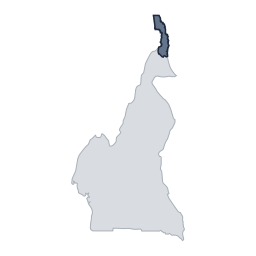 Logone-Et-Chari, Extrême-Nord, Cameroon shown in context
{"feature_id": "32672807B53801841297301", "entity_name": "Logone-Et-Chari", "entity_type": "district", "adm_level": 2, "iso_a3": "CMR", "parent_name": "Cameroon", "parent_adm1": "Extrême-Nord", "projection": "equal_earth", "projection_center": [14.713, 12.015], "detail": "fine", "context": "in_parent", "style": "filled", "palette": "slate", "viewbox_px": 256, "rotation_deg": 0, "n_neighbors": 0, "source": "geoboundaries", "source_scale": "gbopen_adm2", "svg_char_len": 7399}
<svg xmlns="http://www.w3.org/2000/svg" viewBox="0 0 256 256"><path d="M72.0,179.5L72.5,178.0L75.7,170.8L77.7,159.2L78.6,156.5L79.5,154.7L84.2,148.5L85.9,146.6L88.4,144.3L90.2,139.8L90.8,139.4L91.6,139.0L95.5,135.2L95.9,135.9L96.1,136.8L96.4,137.2L97.7,137.5L99.5,137.5L100.5,137.2L101.0,136.5L101.6,134.3L101.9,133.9L102.3,133.8L104.3,135.3L107.4,139.5L108.2,140.2L108.6,141.1L109.3,144.9L109.6,145.8L110.3,146.2L111.6,146.0L112.9,145.3L114.0,144.3L115.1,143.0L115.9,141.9L116.2,141.1L116.4,138.0L116.6,137.3L120.8,132.8L120.7,132.4L120.0,131.1L119.4,129.7L120.0,128.3L120.6,127.2L123.1,123.4L123.2,120.7L125.1,116.4L126.2,110.8L126.3,109.7L128.8,103.5L131.4,103.0L132.4,102.1L133.6,100.6L134.3,99.2L134.7,97.8L135.0,95.2L135.4,92.2L135.7,89.6L136.5,87.2L137.8,85.9L140.1,84.9L140.5,84.4L140.8,82.8L141.1,77.5L141.5,75.1L143.7,72.5L144.6,68.3L145.4,63.9L147.8,58.7L150.7,53.4L152.0,52.0L153.1,51.3L154.3,51.3L155.2,50.9L158.2,48.3L159.5,47.4L160.4,46.5L160.6,45.7L160.7,44.5L160.4,41.8L161.0,39.9L161.3,36.8L161.4,34.4L161.3,33.5L160.7,32.2L159.8,30.7L158.3,29.8L156.2,29.5L155.1,29.0L154.7,26.2L154.6,24.5L153.2,15.4L155.8,15.4L159.0,16.5L159.8,17.3L160.2,20.4L161.3,22.2L163.4,23.6L164.6,26.7L165.1,31.2L166.2,34.0L166.5,34.4L168.0,39.5L168.1,41.9L168.0,43.5L168.6,45.5L167.7,48.9L167.4,51.0L167.3,53.9L167.8,59.1L168.8,63.1L169.8,66.3L170.9,68.8L172.7,71.6L174.6,74.1L176.4,75.7L174.8,76.6L171.5,76.7L169.7,76.2L168.8,76.2L167.9,76.5L164.4,77.0L161.0,76.8L157.7,76.1L155.8,76.2L154.3,77.8L153.0,80.1L151.9,81.9L152.3,84.0L153.1,85.1L154.8,87.5L156.3,89.9L157.1,91.5L160.1,95.1L162.9,98.2L164.3,99.3L164.8,99.5L166.4,101.3L168.6,104.3L170.6,108.9L173.4,118.2L174.0,119.0L174.9,119.5L175.0,120.5L175.0,121.9L174.7,123.1L172.4,128.0L170.5,129.9L169.9,131.0L169.2,133.8L167.4,139.3L166.6,140.1L164.8,143.9L163.4,148.6L163.0,149.3L162.5,149.9L160.4,151.1L159.7,151.7L158.6,153.2L158.5,154.1L159.0,155.5L159.6,156.5L160.7,156.5L161.2,157.5L161.2,164.9L160.7,166.0L160.8,166.5L160.5,167.7L160.4,169.1L160.6,169.7L161.0,170.2L161.6,171.1L161.9,173.4L162.6,181.3L162.9,182.6L163.5,183.5L165.3,185.2L167.2,187.4L167.8,188.9L168.2,191.3L168.9,193.1L168.9,193.8L168.6,194.0L167.4,194.2L167.8,195.6L168.8,198.0L173.6,205.3L178.3,211.8L179.4,212.3L180.2,212.5L180.6,212.9L181.0,213.8L182.5,216.2L182.8,217.6L182.5,218.9L182.8,220.9L183.1,221.7L183.0,222.3L183.2,224.8L183.6,227.0L184.3,228.8L184.2,230.1L183.3,230.9L182.8,232.1L182.6,233.8L182.9,235.8L183.6,238.3L183.6,239.7L182.5,240.6L181.3,239.0L179.9,237.9L177.8,235.9L175.7,235.2L173.0,235.1L171.9,235.3L169.9,233.7L169.2,233.5L168.3,234.2L167.7,234.2L167.0,233.9L165.4,234.0L165.3,232.8L165.0,232.6L163.4,232.7L162.9,231.8L162.7,231.9L162.0,231.6L160.7,230.3L159.3,231.1L156.4,231.0L141.7,231.0L141.4,229.8L140.7,229.1L139.3,229.1L135.5,229.3L132.5,229.1L130.5,228.6L128.0,228.3L124.9,228.6L121.8,228.5L116.2,228.2L113.1,228.3L113.1,229.0L112.9,229.6L112.8,230.9L92.9,230.9L91.3,230.0L90.8,229.4L90.6,228.3L90.3,228.2L90.6,223.5L91.3,219.6L91.5,216.0L92.5,212.8L92.0,209.6L91.4,208.2L88.4,203.7L89.8,202.0L88.0,202.2L87.6,200.5L86.7,198.5L87.2,198.2L87.8,197.1L89.4,197.4L89.4,196.9L87.9,195.2L88.1,194.4L88.7,193.4L88.4,193.0L87.4,194.0L86.6,194.0L86.1,193.3L85.7,193.2L85.9,194.5L85.3,195.7L84.8,196.1L83.9,196.0L83.1,195.7L82.9,195.1L82.2,194.6L80.2,193.7L78.5,192.7L78.2,189.9L77.5,188.8L77.3,187.4L77.1,185.9L77.4,183.5L76.9,183.2L76.4,183.0L75.7,183.1L75.1,183.0L74.3,181.7L73.6,181.2L74.0,183.6L73.5,184.3L72.3,184.1L71.8,183.2L71.7,182.5L72.2,179.6L72.0,179.5Z" fill="#d9dde1" stroke="#a8b0b8" stroke-width="1"/><path d="M163.2,57.1L163.7,56.1L164.3,55.8L165.4,56.3L166.4,56.9L167.6,56.3L167.6,56.2L167.5,55.9L167.6,55.7L167.6,55.4L167.5,55.1L167.5,54.9L167.4,54.8L167.5,54.5L167.3,54.4L167.4,54.1L167.4,53.9L167.4,53.6L167.2,53.6L167.4,53.3L167.4,53.2L167.4,52.9L167.3,52.6L167.3,52.4L167.4,52.1L167.3,51.9L167.2,51.8L167.3,51.8L167.4,51.7L167.5,51.6L167.4,51.5L167.3,51.4L167.3,50.9L167.2,50.7L167.3,50.5L167.4,50.4L167.3,50.2L167.6,50.1L167.5,49.8L167.6,49.6L167.6,49.4L167.6,49.2L167.8,49.0L167.9,48.9L167.7,48.4L167.7,48.1L167.9,47.8L167.9,47.7L168.0,47.6L167.9,47.5L168.0,47.3L168.1,47.0L168.3,46.9L168.3,46.7L168.4,46.4L168.8,46.1L168.9,45.6L168.9,45.2L168.7,44.9L168.4,44.8L168.3,44.7L168.3,44.4L168.3,44.2L168.2,44.0L168.1,43.8L168.0,43.6L168.1,43.2L168.0,42.7L167.9,42.5L167.8,42.2L167.9,41.9L168.0,41.8L168.3,41.9L168.3,41.5L168.1,41.3L168.0,41.2L168.2,40.9L168.3,40.9L168.5,40.9L168.6,40.7L168.3,40.2L168.2,40.0L168.2,39.8L168.2,39.6L168.1,39.4L168.0,39.2L167.9,39.3L168.0,39.4L167.9,39.6L167.7,39.6L167.6,39.4L167.6,38.9L167.5,38.7L167.5,38.3L167.6,38.2L167.8,37.9L167.8,37.6L167.6,37.3L167.6,37.2L167.8,37.0L168.0,36.9L168.1,36.7L167.7,36.4L167.5,36.2L167.4,36.0L167.5,36.0L167.7,35.9L167.7,35.7L167.6,35.3L167.6,35.2L167.3,35.2L167.4,34.7L167.2,34.4L166.8,34.3L166.7,34.6L166.4,34.7L166.2,34.6L166.1,34.4L165.9,34.3L165.4,33.6L165.2,33.4L165.3,33.2L165.5,33.1L165.5,32.9L165.4,32.6L165.4,32.2L165.5,32.1L165.4,31.8L165.5,31.1L165.4,30.6L165.5,30.2L165.5,29.8L165.5,29.1L165.4,28.7L165.2,28.1L165.1,27.9L165.1,27.5L165.1,27.4L164.8,27.7L164.7,27.7L164.6,27.4L164.8,27.0L164.7,26.6L164.7,26.4L164.7,26.1L164.7,25.7L164.5,25.0L164.5,24.8L164.4,24.3L164.4,24.2L164.2,24.1L163.8,24.1L163.5,24.1L163.4,24.0L163.4,23.9L163.4,23.5L163.3,23.3L163.2,23.1L162.9,23.5L162.7,23.6L162.6,23.3L162.6,23.2L162.8,22.8L162.8,22.7L162.7,22.4L162.3,22.4L161.9,22.4L161.5,22.0L161.4,22.0L161.3,21.9L161.4,21.6L161.3,21.4L161.0,21.8L160.9,21.9L160.7,21.6L160.7,21.3L160.4,21.2L160.3,20.9L160.4,20.6L160.5,20.3L160.5,20.1L160.5,19.6L160.4,19.3L160.4,19.2L160.5,19.1L160.5,18.8L160.4,18.6L160.3,18.3L160.3,18.0L160.3,17.9L160.2,17.7L159.4,16.4L159.4,16.2L159.0,15.4L153.5,15.4L153.7,17.0L153.8,17.3L153.8,17.5L154.0,18.8L154.0,19.1L154.1,19.5L154.2,20.3L154.4,21.8L154.4,22.0L154.5,22.3L154.5,22.6L154.7,24.6L154.8,25.3L154.9,25.6L154.9,26.1L155.0,26.3L155.1,26.5L155.0,27.0L154.9,27.1L154.8,27.3L154.9,27.5L154.9,27.8L155.0,27.7L155.1,27.8L155.1,28.1L154.8,28.2L154.8,28.3L154.8,28.5L155.0,28.6L155.2,29.0L155.4,29.2L155.4,29.3L155.5,29.4L155.5,29.5L155.9,29.4L156.0,29.4L156.3,29.3L156.5,29.7L156.5,29.4L156.7,29.5L157.0,29.3L157.4,29.5L157.6,29.5L157.8,29.5L158.2,29.4L158.4,29.5L158.5,29.4L158.7,29.5L158.8,29.5L159.0,29.6L159.2,29.8L159.3,29.7L159.4,29.8L159.5,29.9L159.5,30.0L159.8,30.1L159.9,30.4L159.7,30.4L159.7,30.5L159.8,30.5L159.7,30.7L159.8,30.8L160.0,30.9L160.3,31.1L160.2,31.3L160.3,31.6L160.4,31.8L160.6,32.1L161.0,32.2L161.0,32.3L161.2,32.7L161.0,32.8L161.3,32.9L161.3,33.0L161.5,33.0L161.5,32.9L161.9,32.7L162.0,32.9L161.9,33.0L162.1,33.1L162.1,33.3L162.1,33.5L161.8,33.8L161.8,34.0L161.8,34.4L161.6,34.7L161.6,34.8L161.8,35.2L161.8,35.3L161.7,35.4L161.5,35.5L161.4,35.7L161.4,35.8L161.3,36.0L161.7,37.0L161.8,37.2L161.9,37.3L161.7,37.6L161.6,37.9L161.6,38.0L161.6,38.3L161.5,38.5L161.4,38.6L161.3,38.8L161.1,39.1L161.1,39.3L161.1,39.6L161.1,39.8L161.2,40.1L161.1,40.3L161.1,40.5L161.1,40.8L161.0,41.2L160.9,41.3L160.6,41.7L160.4,41.8L160.3,42.1L160.5,42.4L160.6,42.6L160.9,42.8L161.1,42.9L161.2,43.2L161.5,43.4L161.5,43.5L161.7,44.0L161.7,44.3L161.6,44.8L161.6,45.2L161.6,45.5L161.5,45.8L161.4,45.9L161.2,46.1L160.7,46.3L159.7,46.9L159.1,47.0L158.8,47.1L158.7,47.6L158.6,47.9L158.4,48.1L158.4,49.3L158.1,50.5L158.1,51.6L158.5,53.3L158.8,54.0L159.3,53.9L162.0,56.7L163.2,57.1Z" fill="#64748b" stroke="#1e293b" stroke-width="1.5"/></svg>